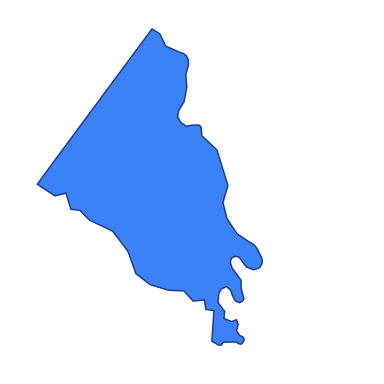 outline of Wabash, Illinois, United States of America, rotated 306°
{"feature_id": "52423323B24181813557828", "entity_name": "Wabash", "entity_type": "district", "adm_level": 2, "iso_a3": "USA", "parent_name": "United States of America", "parent_adm1": "Illinois", "projection": "robinson", "projection_center": [-87.865, 38.403], "detail": "fine", "context": "isolated", "style": "filled", "palette": "blue", "viewbox_px": 384, "rotation_deg": 306, "n_neighbors": 0, "source": "geoboundaries", "source_scale": "gbopen_adm2", "svg_char_len": 1207}
<svg xmlns="http://www.w3.org/2000/svg" viewBox="0 0 384 384"><g transform="rotate(306 192 192)"><path d="M133.9,62.3L107.3,62.3L108.3,83.5L117.0,90.6L106.9,104.2L111.3,112.2L109.0,125.5L113.7,151.1L106.2,175.3L93.0,194.6L92.4,212.2L98.6,230.6L107.2,243.5L104.4,257.0L111.9,265.5L105.1,272.3L109.0,279.5L83.0,295.7L83.7,303.6L85.7,305.8L85.9,305.1L89.3,306.1L96.9,316.3L96.5,318.2L97.5,320.9L99.8,321.7L103.1,321.1L104.6,318.8L104.0,315.0L105.7,309.8L112.2,307.0L114.8,303.1L110.4,300.1L108.5,292.3L114.6,288.6L117.8,278.1L125.7,273.3L131.1,272.7L135.7,275.6L135.4,280.5L131.8,286.0L129.3,291.0L130.4,295.5L133.4,297.0L136.2,296.7L143.1,288.2L149.4,283.7L151.4,277.6L153.9,269.4L157.6,264.3L161.6,262.7L165.3,264.6L167.0,268.1L163.3,280.0L165.3,287.6L170.7,291.4L176.3,290.4L179.4,287.7L184.7,277.4L185.8,272.7L185.2,266.6L184.7,252.9L191.1,235.8L201.7,223.2L218.4,217.2L231.3,200.0L240.6,187.5L241.2,183.3L243.3,166.9L249.9,161.2L250.3,158.4L246.7,153.4L241.9,148.7L241.7,141.9L244.3,136.2L249.9,133.4L260.5,132.5L273.9,126.1L283.3,118.0L292.7,114.5L296.9,111.2L298.8,107.6L299.0,103.3L297.8,100.3L294.6,84.9L301.0,73.1L300.4,63.8L133.9,62.3Z" fill="#3b82f6" stroke="#1e3a8a" stroke-width="1.5"/></g></svg>